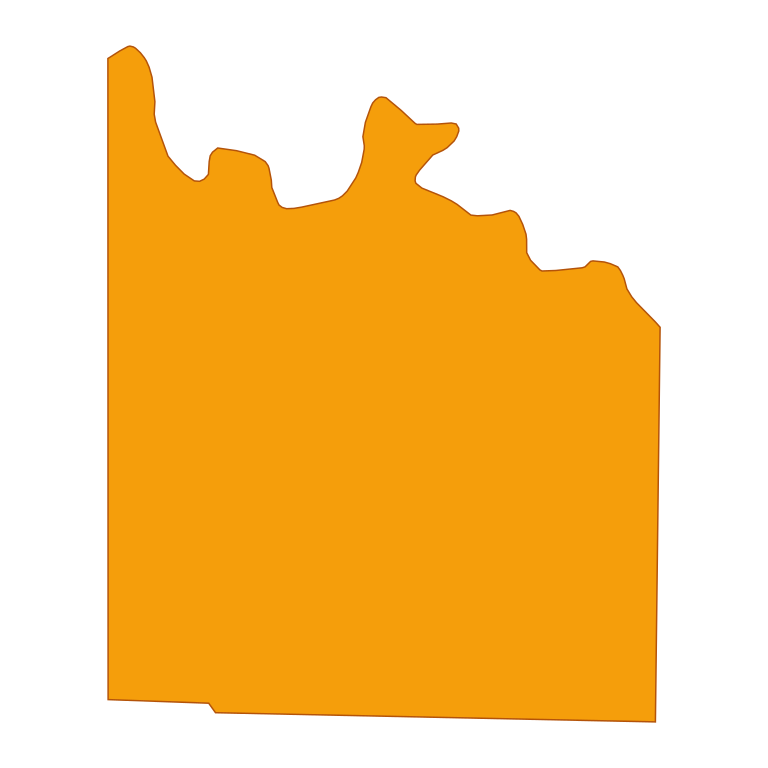 Grayson, Texas, United States of America
{"feature_id": "52423323B81583627867323", "entity_name": "Grayson", "entity_type": "district", "adm_level": 2, "iso_a3": "USA", "parent_name": "United States of America", "parent_adm1": "Texas", "projection": "natural_earth1", "projection_center": [-96.674, 33.679], "detail": "fine", "context": "isolated", "style": "filled", "palette": "amber", "viewbox_px": 768, "rotation_deg": 0, "n_neighbors": 0, "source": "geoboundaries", "source_scale": "gbopen_adm2", "svg_char_len": 1484}
<svg xmlns="http://www.w3.org/2000/svg" viewBox="0 0 768 768"><path d="M215.5,712.7L655.4,721.9L660.1,327.3L655.5,322.1L636.5,302.7L631.7,296.8L626.9,288.9L624.2,278.8L622.8,275.3L620.4,270.5L617.8,266.9L610.4,263.7L604.3,262.0L593.0,260.9L590.6,261.4L585.0,266.9L582.1,267.8L555.8,270.5L542.0,271.0L540.0,270.0L530.6,260.3L526.7,252.7L526.6,239.3L526.0,234.2L522.7,224.4L518.9,216.3L516.1,212.9L513.6,211.4L510.1,210.4L492.1,215.0L477.4,215.8L470.9,215.1L457.1,204.4L451.4,200.9L443.2,196.8L421.9,188.1L415.9,183.3L415.1,180.9L415.4,176.9L416.2,175.0L419.7,170.0L432.8,155.0L442.8,150.4L447.1,147.7L454.1,141.0L456.7,136.7L458.8,131.0L458.7,128.2L456.2,124.0L455.7,123.9L451.3,123.0L437.1,124.1L416.8,124.4L415.0,123.3L401.4,110.6L386.0,97.7L381.5,97.0L378.8,97.4L375.5,99.8L372.7,103.0L370.9,106.8L365.4,122.3L362.9,136.7L364.3,145.8L364.2,149.2L361.7,162.4L358.3,172.3L355.8,177.9L347.2,191.1L342.4,195.9L338.8,198.3L334.6,200.0L301.8,207.1L294.0,208.4L286.6,208.7L282.1,207.4L279.0,205.0L277.7,202.4L271.8,187.5L271.3,180.1L269.0,168.3L268.1,165.7L265.2,161.6L254.7,155.2L236.6,150.7L217.7,148.0L212.5,152.2L210.2,155.8L209.2,161.5L208.4,174.4L204.2,179.1L199.6,181.3L194.3,180.9L184.2,174.1L175.5,165.3L168.0,156.2L155.6,122.1L154.2,114.2L154.9,101.7L152.0,77.2L149.1,67.2L146.3,60.9L144.2,57.6L140.4,52.8L135.5,48.2L133.3,46.9L129.9,46.1L127.8,46.6L120.0,50.8L117.5,52.4L107.9,58.5L108.1,699.6L208.7,703.2L215.5,712.7Z" fill="#f59e0b" stroke="#b45309" stroke-width="1.5"/></svg>